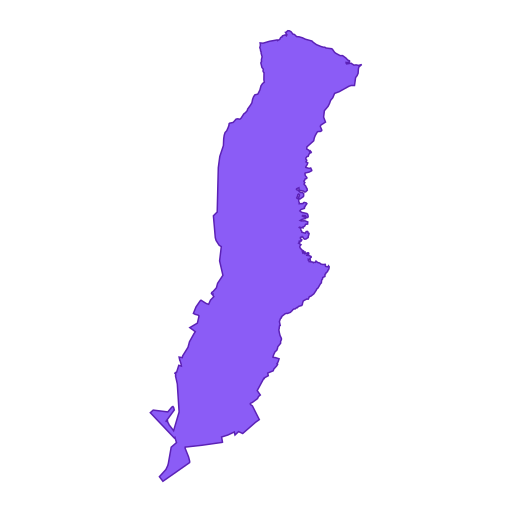 Mereni, Covasna, Romania
{"feature_id": "2599482B11126024724962", "entity_name": "Mereni", "entity_type": "district", "adm_level": 2, "iso_a3": "ROU", "parent_name": "Romania", "parent_adm1": "Covasna", "projection": "orthographic", "projection_center": [26.261, 46.117], "detail": "fine", "context": "isolated", "style": "filled", "palette": "violet", "viewbox_px": 512, "rotation_deg": 0, "n_neighbors": 0, "source": "geoboundaries", "source_scale": "gbopen_adm2", "svg_char_len": 6044}
<svg xmlns="http://www.w3.org/2000/svg" viewBox="0 0 512 512"><path d="M189.6,462.6L189.7,461.3L188.6,457.0L185.1,448.2L185.2,447.1L201.6,445.3L222.1,442.4L222.5,442.2L221.6,437.0L227.9,435.0L234.3,432.0L235.0,435.0L238.6,431.6L242.7,433.5L255.4,422.4L259.3,419.6L252.4,405.9L250.6,404.6L250.2,403.9L250.5,403.3L252.4,402.4L257.5,398.6L258.5,396.5L260.3,395.0L257.2,390.6L263.8,378.4L264.3,378.5L264.3,377.9L268.3,375.7L267.7,373.1L273.2,370.8L273.8,369.1L276.5,366.1L277.6,364.4L277.6,364.1L277.0,363.7L278.1,361.8L279.1,358.8L275.4,357.6L273.0,357.3L272.9,357.0L273.7,354.6L275.1,351.7L276.7,350.4L277.4,348.7L277.8,346.7L280.6,343.3L280.6,341.4L281.4,339.6L281.4,338.4L280.0,335.4L279.4,332.9L278.8,329.6L279.2,328.8L279.2,327.7L279.6,325.5L280.2,325.4L279.4,321.6L280.4,318.7L281.2,318.0L281.3,317.1L281.8,316.9L281.9,316.3L285.1,313.8L286.6,313.3L287.3,313.5L290.5,312.3L291.6,311.0L292.3,310.6L292.6,309.9L294.0,308.9L295.0,309.0L296.7,307.6L297.2,307.8L298.6,306.4L301.7,305.5L302.3,304.7L302.6,303.0L303.3,300.9L306.6,299.1L308.3,299.1L309.4,296.6L310.7,296.3L313.8,293.9L316.2,290.3L316.7,289.1L318.0,288.0L320.4,283.8L321.4,282.8L321.4,281.9L321.8,279.8L322.6,278.9L322.7,277.5L324.9,276.5L325.0,274.3L325.8,273.7L325.9,273.0L327.5,271.6L327.9,270.2L328.4,269.9L328.9,268.8L329.2,266.8L328.5,265.9L328.3,266.5L327.7,266.8L325.6,266.4L325.3,265.7L325.4,264.5L325.9,264.3L322.9,264.5L320.8,264.0L319.7,263.0L317.7,262.5L316.0,261.1L315.4,262.4L313.7,262.3L313.4,262.7L312.1,261.9L310.8,261.9L310.5,261.5L309.2,261.7L308.8,260.7L307.9,260.0L308.3,260.1L308.3,259.3L309.0,259.7L309.4,259.2L310.3,260.0L310.0,258.7L310.7,257.3L311.1,257.3L311.1,256.5L309.2,255.6L306.8,255.3L307.0,254.9L308.6,254.6L308.8,253.3L308.6,253.0L307.9,253.3L307.9,253.0L307.4,253.2L307.3,252.9L305.4,253.7L304.5,253.7L304.4,253.3L305.1,252.5L305.1,252.2L302.9,253.2L302.5,251.9L304.4,252.1L303.6,251.0L301.7,249.8L300.0,247.7L299.7,246.7L299.9,246.1L301.0,244.7L298.6,243.2L299.1,242.7L299.2,241.8L299.6,242.2L299.7,241.6L300.0,241.8L300.3,240.9L301.1,241.1L301.6,240.4L301.8,239.8L301.1,239.5L300.3,238.0L300.5,237.3L301.8,237.1L302.1,236.6L302.6,237.2L303.0,237.2L303.6,238.5L304.7,239.2L306.0,239.0L308.2,237.5L308.2,236.7L309.1,233.7L308.9,233.2L308.1,233.1L307.9,231.8L307.5,231.4L306.2,231.5L305.3,233.2L301.8,232.2L301.8,231.3L300.9,230.2L300.7,228.3L299.2,227.5L299.4,227.2L303.1,227.9L303.0,226.9L304.3,226.5L304.9,225.8L305.6,224.3L307.6,224.1L307.8,221.9L304.9,220.8L301.3,220.9L300.2,220.5L301.9,219.4L305.5,218.6L305.2,217.3L303.2,216.6L302.3,216.0L302.5,215.5L305.4,215.6L306.0,216.9L306.9,217.7L307.8,217.5L308.2,216.4L307.7,214.3L306.8,213.5L301.6,212.3L299.8,210.9L301.0,209.5L304.4,208.4L304.3,207.2L305.0,206.8L305.2,206.0L306.9,203.7L306.2,202.9L304.2,202.4L303.5,202.7L302.9,203.6L299.2,203.7L299.3,202.7L298.7,201.3L298.8,199.2L297.0,198.3L296.7,197.8L297.4,196.5L297.9,194.5L298.6,194.0L299.4,194.7L299.5,195.5L298.5,197.8L298.8,198.4L300.0,199.0L303.4,196.6L303.7,195.8L303.6,194.7L303.8,193.9L302.6,192.6L300.3,192.5L299.3,191.2L298.6,191.0L297.9,190.1L296.8,189.8L296.4,189.2L296.7,188.7L298.9,187.7L299.1,189.6L299.7,190.3L303.6,191.1L304.8,192.1L305.7,191.8L307.3,190.2L307.0,188.4L306.5,188.0L305.7,186.0L304.1,184.3L304.1,183.8L304.9,182.6L304.0,181.7L303.9,181.1L304.7,180.2L305.1,179.0L306.6,178.5L306.9,178.0L306.9,177.6L305.3,175.6L304.9,173.6L305.2,173.0L309.1,172.1L311.6,170.8L311.8,170.3L310.7,168.0L309.1,168.4L305.7,167.4L305.7,166.9L307.1,164.7L307.8,162.9L306.0,161.9L306.8,160.2L305.8,159.0L305.9,158.0L306.8,156.7L308.2,156.3L308.9,154.2L310.2,152.9L311.0,152.7L311.3,152.2L310.2,150.8L309.5,151.5L308.9,150.2L306.7,149.0L306.9,146.9L313.7,140.8L314.3,137.9L315.3,135.4L317.2,132.1L317.8,131.6L320.7,131.4L321.7,130.6L321.8,130.1L320.3,126.5L320.5,125.7L321.0,125.0L325.5,122.1L323.6,117.1L324.4,110.7L328.1,106.3L329.5,103.5L330.6,100.4L332.8,97.7L334.6,93.4L339.2,91.7L348.8,86.3L351.1,85.5L354.5,85.5L355.6,77.6L357.1,75.6L358.1,73.3L358.4,69.0L358.9,67.0L361.7,64.5L358.7,65.4L356.1,64.9L353.9,65.1L351.0,63.2L346.6,63.9L346.1,63.1L346.1,62.4L347.0,62.6L349.3,62.1L349.6,61.5L349.5,60.8L347.7,60.0L346.0,58.1L342.6,55.6L340.1,55.6L335.5,53.1L334.4,52.1L332.4,49.2L331.6,48.7L326.0,48.0L324.8,47.2L323.4,47.2L321.0,46.5L316.4,44.6L313.2,42.3L311.9,41.0L305.4,39.2L302.5,37.8L299.1,36.8L296.6,36.6L294.5,34.5L292.9,34.1L291.0,31.7L289.4,30.8L287.8,30.7L286.0,32.3L285.5,32.4L286.9,34.8L286.4,35.8L285.2,34.9L282.5,35.8L281.9,37.0L281.4,37.0L280.6,37.7L279.8,39.3L277.6,40.6L277.2,39.9L269.4,41.3L263.0,43.2L260.1,42.9L260.4,45.2L259.8,47.7L260.4,49.2L260.6,51.0L261.1,51.8L261.1,53.2L262.1,56.8L261.4,59.6L261.5,61.7L261.0,62.3L260.9,63.2L261.9,67.4L263.3,69.2L263.0,70.9L263.2,71.7L264.0,72.7L263.9,79.8L264.3,82.2L262.6,83.5L261.0,85.8L259.9,90.0L258.0,93.8L257.6,94.2L254.9,94.8L253.6,96.7L252.6,99.3L251.9,102.8L250.5,105.1L247.6,109.1L247.3,110.5L245.5,112.6L243.8,113.9L241.2,118.0L240.2,119.0L239.4,119.2L237.8,118.8L236.1,119.1L233.2,122.4L229.6,123.2L229.1,123.7L228.9,125.4L228.2,127.4L226.7,130.8L225.1,132.5L224.2,135.3L223.7,138.7L223.4,145.6L219.8,156.4L218.3,167.6L217.2,212.0L213.4,215.8L215.3,237.7L216.1,240.5L219.1,245.2L221.3,246.6L219.6,260.9L222.9,275.3L217.6,283.3L216.4,287.8L213.0,291.6L211.8,292.4L211.4,293.4L212.2,294.4L213.0,294.2L212.8,295.0L213.8,296.7L210.5,300.1L208.6,304.3L206.2,303.5L201.0,300.2L200.2,300.8L196.0,306.9L193.4,313.4L195.3,314.4L197.9,315.0L199.0,316.0L197.4,323.1L189.8,327.6L195.3,331.7L193.9,333.8L189.5,341.7L188.0,347.3L182.7,355.8L182.3,357.6L179.1,357.1L179.8,360.4L180.0,360.5L181.1,364.1L181.4,366.1L178.8,365.3L176.5,372.5L175.4,372.5L174.9,373.3L175.6,373.9L175.7,375.5L175.5,375.9L177.3,383.9L179.1,412.0L173.6,430.7L169.0,424.7L168.4,423.2L167.8,422.4L167.5,420.7L165.7,421.7L174.3,410.0L173.6,407.4L172.9,406.5L171.8,407.1L167.8,411.9L153.2,410.1L150.3,412.7L174.0,437.7L174.3,438.0L174.9,437.4L176.5,442.6L171.2,447.2L168.3,463.6L167.7,465.7L165.9,469.5L159.4,476.7L162.9,481.3L189.6,462.6Z" fill="#8b5cf6" stroke="#5b21b6" stroke-width="1.5"/></svg>